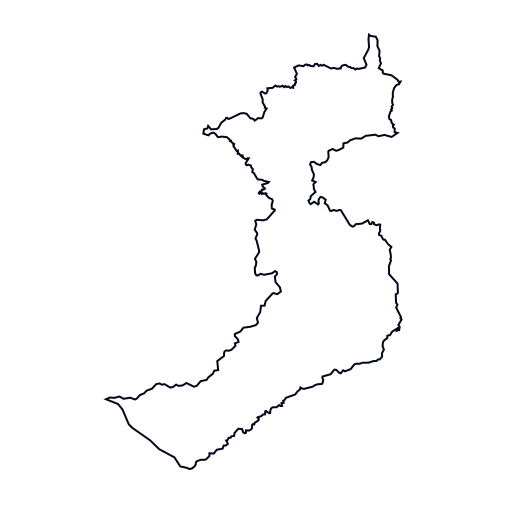 Chinchiná, Caldas, Colombia, rotated 260°
{"feature_id": "7082276B13604936922856", "entity_name": "Chinchiná", "entity_type": "district", "adm_level": 2, "iso_a3": "COL", "parent_name": "Colombia", "parent_adm1": "Caldas", "projection": "mercator", "projection_center": [-75.645, 5.002], "detail": "fine", "context": "isolated", "style": "outline", "palette": "ink", "viewbox_px": 512, "rotation_deg": 260, "n_neighbors": 0, "source": "geoboundaries", "source_scale": "gbopen_adm2", "svg_char_len": 6109}
<svg xmlns="http://www.w3.org/2000/svg" viewBox="0 0 512 512"><g transform="rotate(260 256 256)"><path d="M385.6,225.4L383.1,230.1L384.5,232.1L384.9,235.4L383.3,237.3L379.6,239.1L379.5,243.2L378.2,247.7L377.3,248.6L375.2,250.3L373.9,250.2L373.8,251.5L372.4,251.6L370.1,253.9L369.5,253.0L368.8,253.4L368.0,252.9L362.5,255.4L362.8,256.5L359.8,255.8L359.8,257.1L358.1,257.9L357.8,258.8L357.6,258.3L356.6,258.9L356.3,260.4L355.3,260.0L353.8,261.9L352.9,263.8L353.8,265.0L353.5,265.8L349.3,262.0L348.0,261.8L347.0,262.6L347.2,264.5L345.9,266.7L344.0,266.8L342.1,268.0L339.4,266.9L338.0,268.3L332.1,270.5L331.1,271.2L330.0,275.2L328.5,277.0L326.7,281.5L325.8,280.3L325.2,274.5L323.5,274.6L320.9,276.5L320.1,275.2L320.4,273.5L319.0,272.7L318.9,271.0L317.4,269.6L316.7,270.2L317.7,271.8L316.1,272.5L316.8,273.5L316.0,274.2L316.2,276.4L315.6,277.1L314.9,276.4L311.1,278.7L309.1,281.7L307.3,282.1L303.7,280.3L300.5,279.9L299.6,280.2L298.5,282.5L297.7,282.5L290.2,273.0L289.9,269.1L291.5,263.2L290.8,261.3L287.2,261.8L282.1,259.3L278.4,261.1L277.3,261.0L273.2,258.5L271.0,259.3L260.5,260.0L258.9,259.5L253.4,254.5L250.0,255.3L246.4,254.1L244.9,252.8L239.2,252.1L237.1,252.9L236.5,254.0L237.6,257.5L236.1,260.7L236.2,268.9L237.8,272.1L236.6,273.6L234.5,273.6L232.4,271.0L226.9,270.7L221.0,274.1L216.6,274.3L214.7,270.2L216.3,267.2L216.3,265.9L210.0,257.7L205.6,255.8L206.1,252.3L200.0,250.4L194.7,246.0L190.0,246.4L188.0,243.9L187.3,238.4L187.6,231.2L184.3,227.5L182.9,221.7L181.0,221.2L177.1,223.7L174.4,223.9L173.6,220.0L171.1,220.2L167.9,215.5L167.4,212.7L168.2,210.6L167.7,208.9L166.8,208.0L163.1,207.1L159.2,199.6L150.2,198.9L150.3,194.9L147.5,193.1L145.0,188.3L142.6,185.8L142.3,179.7L138.4,175.1L138.1,172.1L143.0,165.5L141.3,161.2L141.5,157.2L143.2,155.0L141.5,151.8L141.3,148.7L145.6,143.8L145.7,140.9L147.2,138.8L147.2,135.6L143.4,130.5L142.4,124.9L140.2,122.0L139.2,117.5L136.4,114.0L135.7,112.0L138.3,107.4L138.4,100.7L141.3,97.2L140.9,91.7L142.0,87.6L141.0,83.4L134.2,94.4L128.2,97.8L112.3,101.5L108.3,104.3L92.9,119.7L82.5,127.2L71.9,140.7L61.9,144.9L59.4,151.1L57.7,153.5L58.0,156.3L59.5,159.0L61.1,160.4L63.3,161.0L64.3,162.5L64.9,166.6L64.2,169.9L64.5,171.6L67.0,175.3L69.8,175.9L68.8,180.1L72.0,183.7L72.1,189.7L74.9,191.2L74.6,193.3L75.9,195.7L79.5,194.6L79.6,195.9L81.7,197.5L81.4,199.5L82.7,200.4L82.7,203.3L85.3,204.0L88.9,208.5L88.0,212.2L84.7,212.7L83.3,214.4L83.7,215.4L86.0,215.8L85.3,218.8L85.9,220.6L86.9,222.0L90.5,223.0L91.0,223.9L90.4,225.0L92.0,225.8L93.7,229.9L95.2,230.5L96.6,229.3L97.0,229.7L97.3,233.2L98.7,235.4L98.5,237.5L101.4,238.1L101.7,238.8L98.8,241.8L98.9,242.7L101.3,243.2L103.4,244.6L104.1,246.1L103.5,250.0L105.2,252.9L104.0,254.0L103.8,255.7L106.7,255.5L106.6,257.8L108.8,257.6L109.1,258.9L111.2,260.9L112.8,270.5L115.7,273.7L116.8,276.0L118.8,276.9L117.5,278.2L116.8,280.4L117.5,289.4L118.5,291.3L119.0,294.5L118.5,298.4L119.2,299.4L122.2,300.7L124.7,300.1L125.8,300.7L126.6,309.0L130.5,313.4L129.9,315.3L126.5,317.7L125.8,319.1L128.3,322.0L127.0,323.6L128.2,329.6L132.1,333.9L132.5,335.8L131.9,339.8L132.4,342.3L131.4,348.3L132.1,353.0L131.7,356.5L133.0,358.2L132.7,360.0L135.0,362.7L138.4,363.2L141.6,365.7L145.3,365.0L149.1,366.1L150.7,367.6L152.2,370.9L154.7,371.5L154.9,374.3L157.9,377.0L160.2,382.7L158.0,381.7L158.2,384.1L161.4,385.2L163.3,384.2L168.2,388.3L169.8,387.4L170.5,388.2L180.9,385.1L183.4,386.8L185.8,385.8L194.0,387.0L194.5,388.8L195.4,389.4L204.3,390.6L215.0,383.9L223.0,385.2L228.2,388.2L229.6,387.7L230.8,388.6L233.6,388.9L239.0,388.8L241.4,390.9L244.9,388.0L249.7,385.8L249.9,384.5L251.0,383.8L254.1,383.0L255.3,380.9L257.0,381.1L259.4,382.8L261.4,382.7L265.3,383.8L265.8,382.5L265.3,380.2L266.8,377.8L268.4,377.9L269.2,376.4L267.4,375.2L267.7,373.6L271.7,372.4L269.5,366.0L270.0,359.7L268.4,357.8L268.2,356.0L270.6,353.7L286.2,347.6L286.9,346.3L286.4,343.2L287.9,340.3L287.2,338.0L287.8,336.8L293.4,335.3L296.0,332.9L299.4,334.4L302.3,331.5L303.0,329.8L301.6,328.3L300.1,327.2L296.9,327.0L296.0,326.1L299.3,322.6L297.6,318.9L299.0,317.8L301.5,317.3L302.4,319.2L305.5,320.4L308.7,325.7L311.5,324.7L316.7,325.0L318.5,327.6L320.6,324.4L323.5,326.4L326.3,327.2L331.4,326.0L334.4,326.2L336.6,325.1L338.9,326.5L338.7,329.4L336.1,331.8L334.4,335.1L336.3,337.3L336.4,340.7L338.0,342.9L340.7,344.7L346.2,345.3L347.0,345.9L348.1,350.0L345.7,353.2L346.1,356.1L347.6,360.8L351.8,361.7L351.8,365.6L353.6,368.7L354.6,374.5L353.3,379.9L355.3,384.9L354.7,394.7L352.7,397.4L352.9,403.5L349.7,410.3L352.6,416.7L353.9,414.0L357.4,414.8L358.8,413.4L360.8,413.4L361.3,414.5L363.8,412.6L366.4,412.7L367.6,411.2L370.1,411.0L374.9,413.5L375.6,415.0L376.9,414.5L377.9,415.8L379.6,415.5L381.0,417.2L383.2,416.7L386.6,417.3L388.9,418.5L392.9,419.0L397.3,421.1L400.1,424.1L400.3,426.6L402.7,428.6L402.8,426.8L405.2,425.8L410.5,420.7L413.4,413.3L414.3,412.7L416.7,413.0L419.6,409.5L424.1,412.5L427.2,411.9L429.4,412.7L431.3,411.9L436.6,413.3L441.6,412.0L447.3,413.2L451.1,412.1L452.9,407.0L454.3,405.7L449.8,404.4L442.1,403.6L439.7,402.4L432.2,396.5L425.1,398.0L422.7,396.2L422.4,389.7L423.1,388.0L422.4,386.3L424.0,384.8L424.6,382.3L425.7,381.6L426.6,379.3L428.7,377.6L428.6,374.1L426.6,371.6L426.1,371.8L426.2,368.6L427.8,365.1L427.6,362.5L432.6,355.7L432.0,354.7L432.1,353.6L433.0,353.0L432.3,350.9L434.7,349.5L434.7,347.2L432.8,345.7L433.8,342.4L434.8,341.8L434.8,340.0L435.8,339.4L435.8,337.5L434.7,335.7L436.3,331.1L435.0,326.3L428.2,327.9L425.6,325.6L423.3,326.5L422.2,324.9L421.8,325.6L419.8,325.5L419.3,324.4L417.7,324.0L417.4,322.2L415.2,321.8L416.1,320.3L415.6,318.9L417.4,317.2L417.0,315.5L418.3,314.6L417.4,312.9L419.0,311.8L418.5,308.9L419.4,307.5L419.1,306.4L420.5,304.8L418.7,301.5L419.2,296.3L416.8,296.2L414.4,294.2L414.6,292.9L416.8,290.5L416.4,289.1L415.3,288.6L409.2,289.8L406.0,289.2L401.6,290.8L400.5,290.4L399.4,292.1L396.6,289.4L391.4,286.7L390.6,285.6L391.4,281.9L389.5,278.3L391.5,277.1L392.7,274.3L397.7,271.5L398.9,268.5L399.1,265.5L395.8,253.8L395.8,252.6L397.2,251.5L397.1,250.5L395.6,249.3L393.2,244.8L388.9,241.5L387.9,239.4L388.5,233.8L392.4,231.5L390.1,230.3L389.8,226.8L385.6,225.4Z" fill="none" stroke="#020617" stroke-width="2"/></g></svg>